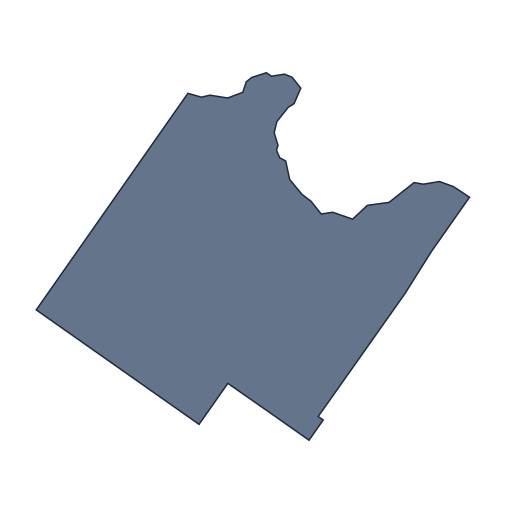 Roger Mills, Oklahoma, United States of America, rotated 35°
{"feature_id": "52423323B14200891286465", "entity_name": "Roger Mills", "entity_type": "district", "adm_level": 2, "iso_a3": "USA", "parent_name": "United States of America", "parent_adm1": "Oklahoma", "projection": "mercator", "projection_center": [-99.698, 35.717], "detail": "fine", "context": "isolated", "style": "filled", "palette": "slate", "viewbox_px": 512, "rotation_deg": 35, "n_neighbors": 0, "source": "geoboundaries", "source_scale": "gbopen_adm2", "svg_char_len": 690}
<svg xmlns="http://www.w3.org/2000/svg" viewBox="0 0 512 512"><g transform="rotate(35 256 256)"><path d="M106.9,426.2L305.9,426.6L306.0,376.5L363.6,376.4L405.1,376.5L405.1,351.8L399.0,351.8L399.6,201.5L397.1,151.4L397.2,85.4L377.9,85.9L363.5,89.8L352.0,101.1L343.4,105.2L334.2,135.8L318.2,150.6L314.0,170.4L293.7,176.2L285.3,184.2L269.6,179.6L258.1,179.1L239.7,174.0L225.9,161.2L219.1,161.9L212.1,157.6L210.6,152.8L200.2,144.6L196.0,134.0L197.1,115.8L199.8,109.3L196.4,92.8L183.0,88.9L175.0,90.7L165.5,99.9L159.4,99.9L150.1,112.2L148.1,118.9L151.3,129.5L142.2,142.8L126.0,150.7L120.2,157.2L106.9,161.8L106.9,312.9L106.9,426.2Z" fill="#64748b" stroke="#1e293b" stroke-width="1.5"/></g></svg>